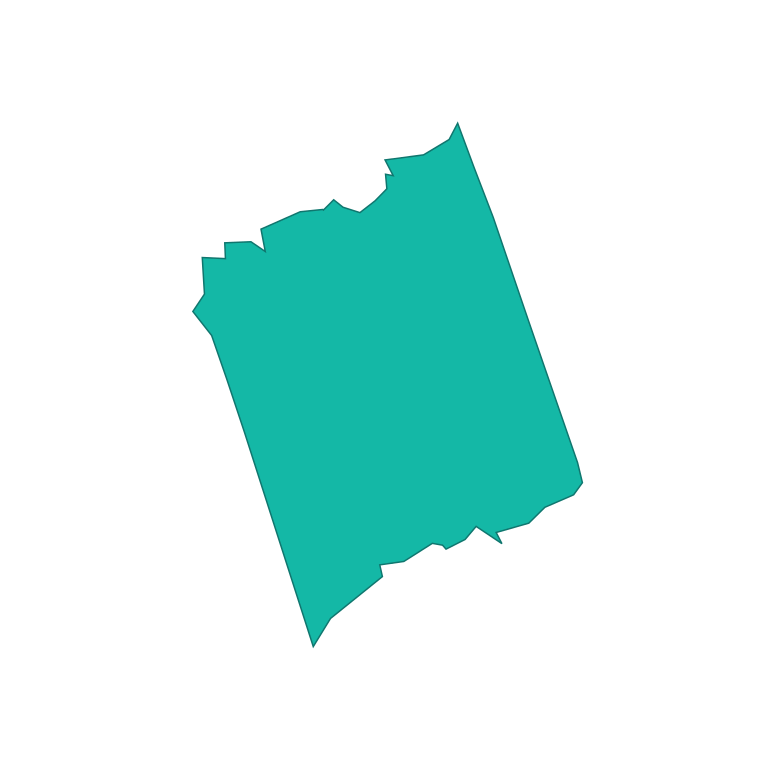 outline of Spotsylvania, Virginia, United States of America, rotated 301°
{"feature_id": "52423323B87886421112437", "entity_name": "Spotsylvania", "entity_type": "district", "adm_level": 2, "iso_a3": "USA", "parent_name": "United States of America", "parent_adm1": "Virginia", "projection": "albers", "projection_center": [-77.631, 38.184], "detail": "fine", "context": "isolated", "style": "filled", "palette": "teal", "viewbox_px": 768, "rotation_deg": 301, "n_neighbors": 0, "source": "geoboundaries", "source_scale": "gbopen_adm2", "svg_char_len": 747}
<svg xmlns="http://www.w3.org/2000/svg" viewBox="0 0 768 768"><g transform="rotate(301 384 384)"><path d="M502.1,241.7L488.5,223.5L453.4,198.8L436.4,214.0L437.4,196.7L423.0,174.8L409.8,183.5L398.8,163.1L368.6,183.8L347.7,182.8L336.8,211.3L307.3,246.6L273.3,286.3L270.2,289.9L122.5,458.6L155.5,458.9L218.1,481.8L226.8,473.5L242.1,492.4L272.3,507.5L276.0,517.2L274.4,522.2L292.5,533.6L309.4,536.3L307.9,567.3L314.5,556.6L339.3,579.8L361.2,585.4L386.7,603.6L401.6,604.9L416.3,590.4L483.3,510.3L513.2,474.6L583.0,391.9L616.2,349.4L645.5,312.8L627.1,313.9L600.8,299.9L576.6,269.5L567.3,284.6L564.6,277.3L552.8,285.9L536.4,282.0L518.5,275.1L514.4,257.8L516.0,246.0L501.9,242.5L502.1,241.7Z" fill="#14b8a6" stroke="#0f766e" stroke-width="1.5"/></g></svg>